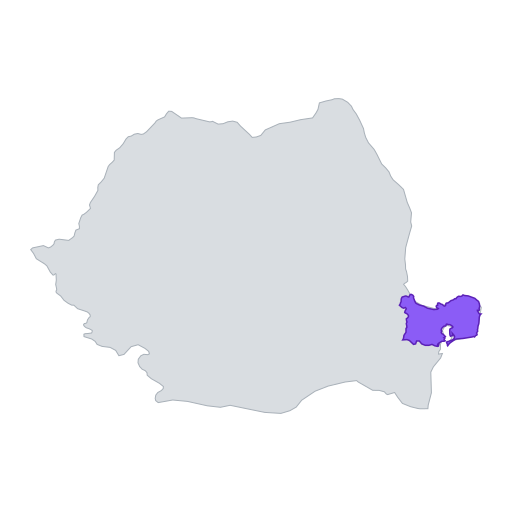 Tulcea on a map of Romania (Mercator projection)
{"feature_id": "ROU-4847", "entity_name": "Tulcea", "entity_type": "County", "adm_level": 1, "iso_a3": "ROU", "parent_name": "Romania", "parent_adm1": "", "projection": "mercator", "projection_center": [28.807, 45.066], "detail": "fine", "context": "in_parent", "style": "filled", "palette": "violet", "viewbox_px": 512, "rotation_deg": 0, "n_neighbors": 0, "source": "natural_earth", "source_scale": "10m", "svg_char_len": 6531}
<svg xmlns="http://www.w3.org/2000/svg" viewBox="0 0 512 512"><path d="M410.2,294.5L415.2,301.5L421.6,305.2L436.3,309.1L437.6,308.7L437.7,307.9L436.7,306.9L436.6,305.6L437.3,304.0L439.3,303.9L442.6,305.4L449.0,303.3L458.3,297.7L466.9,296.6L474.7,299.9L478.7,303.7L481.3,307.4L480.5,311.9L480.0,314.7L477.9,326.3L476.5,330.6L474.2,335.5L450.0,341.2L451.5,338.5L451.0,333.6L449.9,329.9L452.2,326.6L446.8,325.4L444.4,327.2L442.5,330.4L444.2,337.7L441.5,341.7L440.5,344.0L440.4,349.3L438.8,351.6L438.5,354.1L442.4,353.5L440.6,358.0L433.4,366.8L430.8,372.1L431.4,392.8L428.2,405.1L427.9,408.7L420.2,408.8L417.9,408.5L410.6,406.7L402.4,403.4L397.6,397.1L394.6,392.5L387.6,394.6L386.3,394.0L384.4,391.8L379.2,390.4L372.7,390.3L358.2,382.0L356.6,380.6L345.2,382.0L328.1,386.1L315.1,391.2L301.7,400.2L296.2,407.1L289.9,410.7L280.9,413.4L264.8,412.4L248.1,409.0L230.1,405.3L220.4,407.3L207.3,405.8L187.5,401.4L172.7,400.0L158.2,402.6L155.7,400.6L155.2,398.4L155.8,395.1L157.8,392.5L161.3,390.6L163.2,388.6L163.4,386.5L159.4,383.3L151.3,378.7L148.0,375.9L147.2,375.2L147.0,372.7L145.3,370.7L142.1,369.2L139.7,366.6L138.0,362.8L138.3,359.2L140.8,355.8L143.9,354.3L147.8,354.7L149.4,353.8L148.7,351.4L145.0,348.4L138.1,344.7L131.1,346.7L124.0,354.4L118.9,355.7L115.7,350.4L110.1,347.4L102.1,346.4L97.1,344.4L95.2,341.4L91.7,339.0L84.0,336.6L83.9,334.2L85.1,333.7L87.9,333.5L91.6,333.0L92.2,331.6L92.2,330.4L89.3,328.8L86.3,327.8L84.8,326.7L83.8,325.6L83.6,324.3L84.5,323.5L85.7,323.4L86.8,322.7L87.5,319.9L89.1,317.5L90.2,316.7L90.2,315.0L89.0,313.3L87.4,312.0L85.0,311.1L77.6,308.7L73.9,305.2L71.6,305.1L68.0,303.2L64.0,300.3L60.7,296.0L57.0,293.3L56.1,292.2L56.0,291.1L56.7,289.9L56.6,288.6L55.7,284.5L56.3,280.1L56.1,276.0L56.1,274.1L55.4,273.6L54.8,274.2L53.9,275.0L53.0,275.1L50.3,272.1L46.9,265.9L44.6,263.9L40.1,261.1L36.3,258.7L33.6,253.5L30.7,249.6L32.6,247.9L43.4,245.6L48.4,247.9L50.7,247.0L52.9,245.2L54.1,243.7L54.3,242.1L55.4,240.1L59.1,239.2L68.7,240.4L72.6,237.6L74.1,236.1L74.9,232.8L75.9,230.1L79.4,228.7L79.4,226.2L78.8,223.5L80.8,217.6L82.1,215.1L84.0,214.2L86.4,212.4L90.5,208.4L89.5,205.0L90.4,202.5L94.6,196.3L97.9,190.4L97.8,187.4L98.3,184.8L101.2,181.9L104.2,178.2L108.2,166.5L109.6,164.6L112.2,162.3L114.2,160.1L114.4,152.4L116.2,150.2L119.8,147.7L123.2,143.7L126.1,138.9L128.3,136.7L131.2,136.1L134.3,134.2L137.8,133.5L141.2,134.4L143.4,134.0L146.6,131.7L155.0,122.9L156.2,121.1L157.9,119.9L164.6,116.9L166.4,113.9L168.7,111.2L171.7,111.4L181.5,118.1L192.0,117.7L193.9,117.9L194.5,118.1L195.8,118.6L209.7,121.9L211.9,121.6L212.5,121.3L218.1,124.1L223.1,123.7L227.8,121.8L232.7,121.1L237.2,122.3L240.6,126.2L249.5,134.4L252.2,137.4L256.3,137.0L260.8,135.4L265.3,129.9L279.3,123.7L290.1,122.2L300.5,119.7L312.6,117.9L316.1,112.8L318.0,109.3L319.4,102.9L325.9,101.0L332.1,99.7L334.3,98.8L338.8,98.6L342.3,99.1L347.7,102.3L351.5,106.3L353.0,109.5L356.3,114.0L359.7,120.3L363.5,128.6L364.3,132.8L365.7,137.4L368.5,142.9L373.8,149.0L374.6,150.2L377.0,154.5L381.7,164.0L385.6,167.8L389.0,171.9L390.7,176.1L393.1,179.8L398.8,184.8L403.5,189.4L407.2,202.3L409.8,208.3L411.5,212.8L410.7,222.0L411.7,226.0L409.6,233.1L405.7,247.5L404.8,258.9L405.5,265.0L405.6,269.0L406.5,271.5L407.5,276.6L407.7,281.1L406.3,282.4L404.4,283.5L403.6,284.4L405.4,286.4L407.8,290.2L410.2,294.5Z" fill="#d9dde1" stroke="#a8b0b8" stroke-width="1"/><path d="M411.4,294.4L412.8,295.2L413.7,296.4L413.5,297.8L414.9,301.4L415.8,303.1L416.9,303.8L417.7,304.1L419.4,305.0L423.6,306.1L427.5,308.2L433.9,309.6L435.6,309.4L437.1,309.3L437.7,309.1L438.3,308.5L436.9,307.8L436.6,307.5L436.4,307.0L436.2,306.4L436.3,305.9L437.7,305.2L437.6,304.2L437.7,303.2L438.9,302.9L439.7,303.2L440.9,304.1L442.0,304.3L442.6,304.7L443.4,305.5L444.3,306.1L445.4,305.7L445.6,305.2L445.8,303.9L446.1,303.3L446.4,303.1L446.8,303.0L447.9,302.9L448.5,302.6L451.0,300.6L452.9,300.0L453.7,299.6L454.4,298.9L454.8,298.7L456.0,298.7L456.4,298.0L456.8,297.5L457.5,296.9L458.5,296.3L459.3,296.3L460.1,296.4L461.1,296.4L461.5,296.2L461.9,296.0L462.3,295.6L462.6,295.2L463.0,294.9L463.5,295.1L464.0,295.3L464.5,295.5L468.2,295.9L474.8,298.3L477.0,300.3L477.6,300.6L478.6,301.6L479.4,303.9L479.7,306.5L479.1,308.5L479.3,308.9L479.4,309.4L479.3,309.9L479.1,310.4L478.6,310.3L477.4,310.3L477.4,310.8L478.1,311.7L478.6,312.9L479.4,313.9L481.0,314.0L479.9,315.2L479.3,317.1L478.9,323.0L478.7,324.1L478.0,326.0L477.9,327.0L477.8,328.1L477.7,329.1L477.4,329.7L477.7,331.2L476.5,333.0L477.1,334.3L476.8,335.1L476.4,335.3L475.9,335.4L475.5,335.7L474.8,336.7L474.4,337.0L473.5,336.5L473.0,336.6L472.5,336.9L472.0,337.0L462.7,338.5L456.8,338.9L455.1,339.4L450.3,342.7L448.9,344.1L447.7,345.8L447.4,345.3L447.4,344.3L446.8,343.1L446.5,342.1L447.5,341.6L448.7,341.4L450.5,340.5L452.3,340.0L453.4,339.3L454.3,338.1L454.6,336.6L454.3,335.8L453.7,334.9L452.3,333.3L452.5,334.4L452.6,334.9L452.6,335.7L451.9,335.5L451.2,336.0L450.5,336.2L450.0,335.2L449.8,334.0L449.7,329.9L450.2,328.7L452.4,327.8L452.9,327.0L452.5,326.3L450.5,324.9L449.8,324.6L448.4,324.6L446.9,324.1L446.4,324.2L446.2,324.5L446.1,325.2L445.8,325.8L445.3,326.0L444.2,326.1L443.7,326.3L442.0,328.0L441.5,328.8L441.2,330.2L441.3,330.6L441.7,330.9L441.8,331.3L441.7,331.7L441.5,331.9L441.3,332.0L441.2,332.2L441.3,332.8L441.7,333.3L442.0,333.7L443.1,334.2L445.4,336.6L444.8,337.2L444.5,337.4L444.1,337.5L444.6,337.9L444.8,338.0L444.8,338.5L444.2,338.9L444.1,339.5L444.5,340.2L445.1,340.7L444.6,341.1L444.1,341.2L441.9,341.3L441.4,341.5L438.6,343.3L438.1,343.7L437.6,344.7L437.5,345.5L437.9,345.9L438.6,345.3L438.4,346.1L437.5,346.4L434.8,345.8L432.0,344.4L428.9,345.3L425.2,345.3L421.7,343.9L419.3,341.0L416.6,341.0L415.6,343.9L413.5,344.4L411.4,342.4L409.4,340.5L407.0,339.6L402.7,339.9L403.4,338.7L403.7,337.2L403.9,335.6L404.4,334.6L405.6,332.9L406.0,332.2L406.0,331.6L406.0,328.6L406.1,328.3L406.8,327.6L406.8,326.1L406.3,323.7L406.4,323.2L406.8,322.5L406.9,322.1L406.9,321.7L406.8,321.4L406.7,321.3L406.6,321.1L406.3,318.9L406.5,318.6L407.1,318.3L407.8,317.6L408.4,316.7L408.5,315.9L408.1,315.0L407.3,314.1L406.4,313.4L405.5,313.1L404.7,312.5L405.0,311.2L405.7,309.8L406.3,308.9L406.1,308.4L405.9,308.1L405.6,307.8L405.3,307.5L403.7,308.2L402.0,307.5L399.4,305.2L400.1,304.2L400.3,303.8L400.5,302.8L400.6,302.6L401.0,301.9L401.1,301.7L401.1,301.4L401.2,299.4L401.3,298.8L401.5,298.2L402.1,297.1L402.5,296.9L403.0,296.8L405.1,296.1L405.6,296.0L406.0,296.0L406.8,296.3L408.2,296.9L408.7,297.0L409.0,296.9L409.3,296.3L409.4,296.0L409.6,295.4L410.2,294.6L410.3,294.5L411.4,294.4Z" fill="#8b5cf6" stroke="#5b21b6" stroke-width="1.5"/></svg>